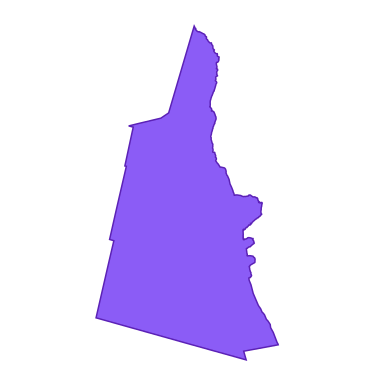 Belgrano, Santa Fe, Argentina, rotated 182°
{"feature_id": "61730980B4652577007654", "entity_name": "Belgrano", "entity_type": "district", "adm_level": 2, "iso_a3": "ARG", "parent_name": "Argentina", "parent_adm1": "Santa Fe", "projection": "equal_earth", "projection_center": [-61.815, -32.699], "detail": "fine", "context": "isolated", "style": "filled", "palette": "violet", "viewbox_px": 384, "rotation_deg": 182, "n_neighbors": 0, "source": "geoboundaries", "source_scale": "gbopen_adm2", "svg_char_len": 6051}
<svg xmlns="http://www.w3.org/2000/svg" viewBox="0 0 384 384"><g transform="rotate(182 192 192)"><path d="M283.5,62.9L193.2,40.9L132.0,26.1L134.8,34.7L100.5,42.3L100.8,43.2L101.7,44.6L105.9,54.5L108.6,59.0L108.8,59.8L109.2,62.3L109.8,63.2L111.8,66.0L113.2,67.3L115.3,71.9L116.8,73.6L117.5,74.2L117.9,74.6L119.2,77.5L120.4,79.2L120.9,79.7L121.9,81.3L127.3,92.8L129.8,101.3L131.6,105.3L132.0,106.7L132.2,107.9L131.9,107.9L131.6,108.3L130.9,108.5L130.6,109.3L130.2,109.3L129.9,109.9L129.7,110.1L129.6,110.4L129.6,110.7L129.8,110.9L129.8,111.4L130.2,112.0L130.3,112.3L130.3,113.5L130.5,113.9L131.1,114.8L131.2,115.6L131.4,115.9L131.6,116.3L131.6,117.2L131.8,117.7L132.0,119.0L132.2,119.3L132.2,119.6L131.8,120.1L131.5,120.2L131.4,120.7L130.7,121.3L130.0,121.7L129.7,121.8L129.3,122.2L126.9,123.6L126.6,124.2L126.7,125.2L126.6,126.7L126.8,127.7L127.1,128.3L127.4,128.7L127.8,128.7L128.4,129.3L128.6,129.8L128.9,130.0L131.0,130.3L132.0,130.4L134.3,130.1L134.7,130.3L134.6,131.8L134.9,132.5L135.1,133.1L135.1,133.9L135.4,134.9L135.4,135.4L135.7,137.2L135.5,137.5L134.8,137.7L134.5,137.9L133.9,138.6L133.3,139.0L132.8,139.1L132.4,139.3L132.0,139.3L131.7,139.5L131.2,140.1L131.0,140.4L129.2,142.0L128.5,142.5L128.2,142.8L128.0,143.1L128.2,143.6L128.6,144.0L128.4,144.3L128.7,145.3L128.9,145.6L129.7,146.4L129.3,147.0L129.3,147.3L129.4,147.6L129.6,147.6L130.5,147.7L131.0,148.0L131.5,148.0L132.3,148.3L133.8,148.4L134.7,148.2L135.5,147.4L136.5,146.9L136.9,146.8L137.6,146.9L137.9,146.4L138.3,146.1L138.9,146.2L139.3,147.0L139.1,147.4L139.1,147.8L139.4,148.3L139.2,148.9L139.3,149.4L139.5,149.8L139.3,150.4L139.3,151.1L139.4,151.6L139.4,152.3L139.5,152.8L139.5,154.0L139.7,154.7L139.7,155.0L139.4,155.3L139.4,155.6L139.6,156.0L139.5,156.3L139.3,156.5L138.8,156.2L138.4,156.1L137.9,156.4L137.5,156.8L137.6,157.3L137.3,157.6L136.6,158.1L136.4,158.5L135.8,158.5L135.7,158.7L135.5,159.1L134.7,159.8L134.1,160.9L133.9,161.1L133.7,161.1L133.0,160.9L132.5,161.4L132.2,161.6L132.4,162.4L132.4,162.6L132.0,162.4L131.5,162.5L131.1,163.1L130.9,163.7L130.2,164.3L130.0,164.6L129.8,164.9L129.3,165.2L127.8,166.7L127.1,167.2L126.9,167.4L126.5,167.5L125.7,168.5L124.7,168.7L124.5,169.0L124.2,169.7L123.2,170.2L122.9,170.6L122.5,171.4L121.8,171.8L121.6,172.1L121.6,172.4L122.2,172.9L122.4,174.4L122.5,175.4L122.2,176.6L122.3,177.3L122.2,178.7L122.2,179.0L121.8,180.6L121.9,181.0L121.9,181.5L121.7,182.4L121.5,182.6L121.6,182.9L121.5,183.3L121.6,183.6L121.7,183.9L122.1,184.0L123.1,183.5L123.6,183.4L123.8,183.7L124.2,183.8L124.1,184.4L124.3,184.5L124.7,184.1L125.0,184.0L125.3,185.3L125.3,185.6L125.9,186.2L126.0,186.6L125.9,186.7L126.1,187.6L126.7,188.4L126.9,188.4L127.1,188.6L127.3,188.6L127.6,188.4L128.2,188.9L129.0,189.3L129.5,189.3L130.6,189.2L130.9,189.2L131.4,189.6L131.8,189.7L133.4,190.9L133.7,191.0L134.6,191.0L135.0,190.7L135.3,190.7L135.5,190.1L137.0,189.6L137.7,189.6L138.7,189.3L139.4,189.4L140.3,189.2L141.3,189.4L142.1,189.7L142.4,189.8L143.1,190.2L144.1,190.3L145.2,190.4L146.2,190.6L148.3,190.6L148.7,190.3L149.6,190.2L150.1,192.1L150.8,193.4L151.2,194.9L152.7,198.3L154.3,201.4L155.4,205.9L157.1,209.4L157.8,210.1L158.2,211.3L158.7,212.2L158.6,212.7L158.6,213.5L158.8,214.6L159.3,216.0L160.0,216.9L160.7,217.3L164.0,217.9L164.7,217.8L166.9,221.0L167.7,221.7L169.4,224.0L169.4,224.4L169.2,224.7L168.8,225.5L168.8,226.2L168.9,226.8L169.7,227.4L169.8,228.0L169.6,228.4L169.6,229.1L169.8,229.7L170.3,230.7L170.6,232.0L170.7,232.3L171.3,232.5L172.2,232.4L172.6,232.6L172.7,233.0L172.7,233.3L172.5,233.9L172.4,234.6L172.6,235.9L172.9,236.3L173.0,236.8L172.8,238.1L172.9,239.1L172.8,240.2L173.0,240.8L173.3,241.3L173.6,241.6L174.2,243.7L174.8,245.4L174.7,246.8L174.8,247.1L175.1,247.5L175.2,247.9L175.2,248.3L174.6,250.7L174.5,252.2L174.3,252.7L173.8,254.4L173.8,254.8L173.7,255.2L173.7,255.5L173.3,256.1L173.4,256.4L173.3,257.2L173.1,257.9L172.7,258.7L172.4,260.0L172.0,260.7L171.8,260.9L171.6,261.3L171.6,261.6L171.8,261.8L171.5,262.5L171.5,262.8L170.5,265.7L170.5,265.9L170.7,267.9L171.1,268.5L171.7,270.2L172.5,272.0L172.7,272.3L172.7,272.6L173.4,273.0L173.6,273.3L174.2,273.7L174.4,273.8L174.9,273.5L175.2,273.6L175.4,273.7L175.4,273.9L175.2,274.2L175.1,274.7L175.3,275.7L176.3,277.0L176.8,277.3L177.0,277.6L177.2,277.9L177.2,278.0L176.8,278.3L176.9,279.2L176.8,280.1L176.9,280.9L176.9,281.7L177.0,282.1L177.0,282.7L176.8,284.2L176.4,285.5L176.2,286.7L175.9,287.4L175.8,288.1L175.5,288.8L175.4,288.9L175.1,289.6L174.9,290.4L174.5,291.3L174.4,292.1L173.7,293.5L173.4,293.7L173.3,294.0L173.4,294.5L172.9,295.8L172.4,298.0L172.1,299.0L171.8,300.7L171.4,301.3L171.1,302.0L171.3,302.8L171.7,303.4L172.5,304.0L172.5,304.4L172.0,305.6L172.1,306.1L172.3,306.6L172.3,307.6L171.8,308.3L171.0,308.7L170.6,309.0L170.8,309.6L171.4,310.4L171.4,310.6L171.3,311.4L171.5,312.3L171.5,313.1L171.2,313.6L170.6,314.5L170.6,315.0L170.8,315.7L170.9,315.8L171.8,315.9L171.9,316.0L171.7,316.9L171.5,317.2L171.4,318.0L171.5,318.4L172.0,320.0L172.2,321.5L172.1,322.1L171.9,322.3L171.7,322.5L171.0,322.5L170.7,322.8L170.5,323.0L170.0,323.9L169.8,324.4L169.8,325.4L169.7,325.7L170.0,325.8L169.9,326.4L169.7,327.4L169.6,327.7L169.9,328.1L170.7,328.3L171.3,328.6L171.5,329.2L171.4,330.3L171.6,331.1L172.5,331.1L173.2,331.4L174.0,332.0L175.0,333.3L175.1,333.5L175.2,333.8L175.1,334.1L174.7,334.4L174.6,334.7L175.0,335.2L175.7,335.6L175.9,335.9L176.1,336.5L176.3,338.7L176.7,339.4L177.4,340.0L177.6,340.4L177.7,341.4L177.9,341.7L178.6,341.6L179.1,341.6L179.9,342.1L180.1,342.3L180.8,343.2L181.5,343.8L181.7,344.1L181.8,344.8L182.6,345.3L183.0,345.6L183.1,346.1L182.9,347.1L182.9,347.4L183.0,347.6L183.4,347.9L183.7,347.9L184.1,348.2L184.6,349.6L185.8,350.5L186.4,350.6L187.0,350.9L187.9,351.4L188.7,351.7L189.0,352.0L189.8,352.1L190.4,352.5L191.2,352.3L191.6,352.4L192.6,352.9L193.4,354.0L194.0,354.3L194.3,354.5L194.3,354.8L194.0,355.4L194.0,355.6L195.0,356.3L195.2,357.2L195.6,357.9L218.1,270.2L225.7,264.7L249.6,258.1L257.6,255.8L253.0,254.8L260.0,215.7L258.5,215.4L267.3,170.2L272.7,141.7L268.4,140.6L273.9,112.6L283.5,62.9Z" fill="#8b5cf6" stroke="#5b21b6" stroke-width="1.5"/></g></svg>